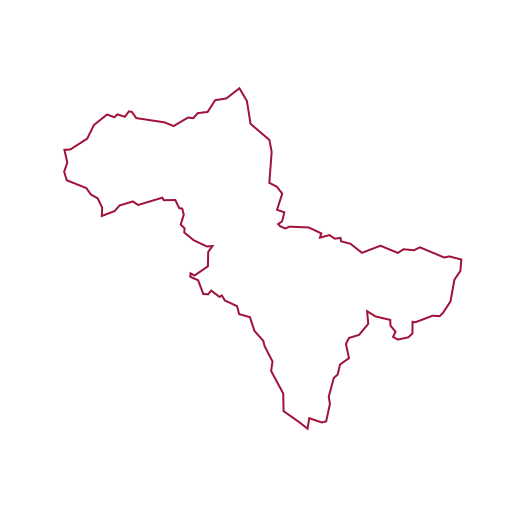 Drugovo, Drugovo, North Macedonia (Mercator projection), rotated 188°
{"feature_id": "65306769B99207835594431", "entity_name": "Drugovo", "entity_type": "district", "adm_level": 2, "iso_a3": "MKD", "parent_name": "North Macedonia", "parent_adm1": "Drugovo", "projection": "mercator", "projection_center": [20.907, 41.458], "detail": "fine", "context": "isolated", "style": "outline", "palette": "rose", "viewbox_px": 512, "rotation_deg": 188, "n_neighbors": 0, "source": "geoboundaries", "source_scale": "gbopen_adm2", "svg_char_len": 1710}
<svg xmlns="http://www.w3.org/2000/svg" viewBox="0 0 512 512"><g transform="rotate(188 256 256)"><path d="M318.4,229.7L318.2,226.3L309.9,223.9L302.9,211.0L298.1,211.4L295.5,215.5L286.5,210.4L284.4,212.2L280.6,207.6L267.8,203.7L264.6,196.1L253.5,194.6L247.1,181.6L237.0,173.0L234.9,167.9L225.0,153.9L225.0,144.2L209.9,123.6L207.1,106.2L190.7,97.8L180.9,92.2L180.7,102.8L167.7,100.3L163.5,102.0L162.2,120.0L164.4,126.7L162.0,146.1L158.6,150.0L157.7,160.2L149.7,167.8L154.7,181.4L152.5,187.8L143.0,192.2L135.4,204.5L138.3,216.8L129.3,212.8L114.2,211.4L113.1,205.7L107.3,200.5L109.0,195.0L103.9,193.0L93.8,196.7L90.3,201.1L91.8,212.6L88.9,212.6L72.9,221.4L65.8,222.0L62.8,225.9L57.1,238.1L56.2,260.2L51.5,269.8L52.2,281.1L64.5,282.5L69.4,280.7L94.8,287.4L100.3,283.7L110.8,283.2L116.0,278.8L134.2,283.5L151.5,273.9L164.2,281.3L173.8,282.4L174.8,285.7L180.3,284.1L186.2,286.9L195.2,283.1L194.5,287.5L207.8,291.6L227.0,289.7L230.9,287.3L236.1,288.8L238.5,290.7L235.0,293.9L234.0,303.2L241.6,304.7L238.7,321.4L245.0,327.5L253.0,330.3L255.0,361.4L258.9,372.8L279.8,386.1L286.6,408.3L295.8,419.8L307.3,407.9L318.1,404.6L324.0,391.9L333.5,389.4L337.3,383.7L342.5,383.7L355.7,373.2L365.0,375.6L393.8,375.9L399.0,381.4L402.0,381.5L405.2,375.6L412.9,377.0L415.6,373.7L423.2,375.4L434.7,363.2L439.5,348.7L454.8,335.6L460.5,334.5L455.9,322.4L457.7,312.8L454.0,304.7L433.4,299.6L428.1,293.9L420.8,291.1L415.1,282.5L414.2,274.2L402.3,280.8L398.1,287.1L385.5,292.9L379.9,290.1L356.9,300.7L355.1,298.4L343.7,300.2L338.7,292.7L335.7,292.7L333.3,286.9L334.9,276.6L330.6,273.5L330.3,269.3L319.8,262.9L306.0,258.6L300.5,259.8L303.9,253.4L302.2,239.1L314.2,228.1L318.4,229.7Z" fill="none" stroke="#9f1239" stroke-width="2"/></g></svg>